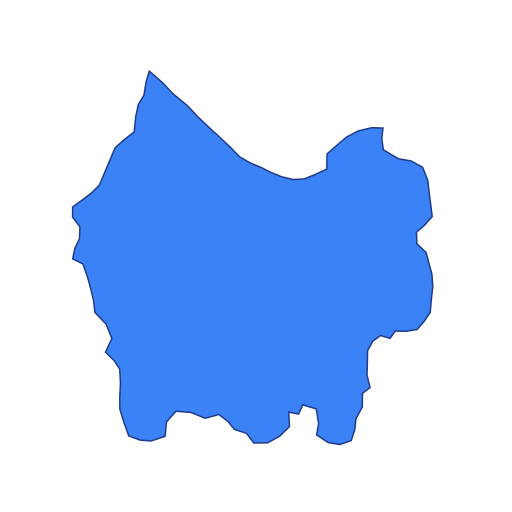 outline of Santo Antônio do Rio Abaixo, Minas Gerais, Brazil, rotated 351°
{"feature_id": "56859067B70415979137862", "entity_name": "Santo Antônio do Rio Abaixo", "entity_type": "district", "adm_level": 2, "iso_a3": "BRA", "parent_name": "Brazil", "parent_adm1": "Minas Gerais", "projection": "mercator", "projection_center": [-43.247, -19.236], "detail": "fine", "context": "isolated", "style": "filled", "palette": "blue", "viewbox_px": 512, "rotation_deg": 351, "n_neighbors": 0, "source": "geoboundaries", "source_scale": "gbopen_adm2", "svg_char_len": 1512}
<svg xmlns="http://www.w3.org/2000/svg" viewBox="0 0 512 512"><g transform="rotate(351 256 256)"><path d="M179.5,56.7L174.7,66.8L170.5,79.6L163.5,87.9L159.1,99.4L155.1,114.4L144.2,120.4L133.8,127.0L127.7,136.9L119.3,150.3L112.5,161.4L103.7,167.8L94.3,172.9L82.6,178.9L80.9,188.8L86.6,199.7L84.4,211.2L78.2,220.3L74.5,230.2L83.8,236.8L86.2,249.6L87.7,263.1L88.6,274.5L88.1,286.6L97.4,300.0L100.7,315.0L92.3,327.4L99.8,337.5L103.7,346.5L102.2,360.8L99.4,373.9L97.6,385.9L99.4,399.0L102.2,413.9L113.0,419.8L123.5,422.3L138.0,419.8L141.7,405.8L152.7,396.8L167.2,400.3L180.4,408.3L194.5,406.7L202.6,415.3L207.4,423.8L218.9,429.7L224.6,440.4L238.4,442.3L251.0,437.8L262.4,429.7L263.9,415.3L273.3,418.8L278.9,410.4L291.6,416.4L291.6,431.4L287.9,442.3L298.2,451.6L309.4,455.3L321.2,453.2L326.5,442.7L329.2,432.4L337.3,421.9L339.7,408.3L348.1,403.8L347.0,391.0L349.0,380.5L351.4,366.9L357.9,358.5L366.5,354.0L375.5,358.3L381.9,351.9L392.4,353.8L403.6,353.8L411.3,347.4L419.3,338.9L422.1,327.4L425.8,314.0L426.9,301.5L424.5,279.0L416.8,269.1L418.2,257.6L426.9,252.2L436.2,244.6L436.6,232.7L436.8,222.8L437.5,208.2L434.4,194.4L423.9,186.3L412.2,182.4L405.2,176.8L398.4,170.9L398.6,159.8L401.4,149.5L390.5,147.4L376.8,148.4L364.5,152.5L353.8,158.9L342.1,166.3L339.5,181.2L326.8,184.9L315.6,187.4L304.8,186.3L293.8,181.8L284.1,176.0L275.5,169.8L264.6,163.0L255.3,155.4L247.2,143.9L237.8,131.9L228.1,119.6L220.4,109.5L212.0,97.1L199.3,82.7L191.2,70.7L179.5,56.7Z" fill="#3b82f6" stroke="#1e3a8a" stroke-width="1.5"/></g></svg>